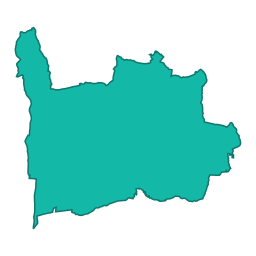 Apostolache, Prahova, Romania (Mercator projection)
{"feature_id": "2599482B23348990621180", "entity_name": "Apostolache", "entity_type": "district", "adm_level": 2, "iso_a3": "ROU", "parent_name": "Romania", "parent_adm1": "Prahova", "projection": "mercator", "projection_center": [26.269, 45.129], "detail": "fine", "context": "isolated", "style": "filled", "palette": "teal", "viewbox_px": 256, "rotation_deg": 0, "n_neighbors": 0, "source": "geoboundaries", "source_scale": "gbopen_adm2", "svg_char_len": 5683}
<svg xmlns="http://www.w3.org/2000/svg" viewBox="0 0 256 256"><path d="M128.5,197.8L133.0,198.7L133.4,197.3L134.5,196.7L134.4,194.4L134.7,194.0L135.4,193.9L135.9,194.1L136.3,194.8L136.6,194.6L136.7,193.4L136.1,192.6L136.7,191.8L136.0,189.0L138.1,188.4L138.6,188.5L139.2,189.1L140.1,188.5L141.5,189.3L142.3,190.2L143.3,190.6L143.3,191.8L144.2,192.8L144.5,191.7L145.0,191.6L145.4,192.6L144.9,193.2L146.0,194.1L145.3,194.6L145.7,195.2L146.3,195.3L146.2,195.8L147.3,196.5L147.5,196.9L147.9,197.0L148.7,195.8L149.0,195.8L149.2,196.0L149.2,197.5L149.7,198.1L151.2,198.0L151.6,198.7L154.7,199.9L156.4,199.6L158.2,200.5L158.9,200.2L159.3,201.1L160.9,201.2L165.1,200.8L165.4,200.6L165.2,200.2L165.9,200.2L166.2,199.3L166.7,199.1L170.4,198.7L173.4,197.5L174.6,196.4L175.5,196.1L177.3,196.4L179.4,196.4L180.3,197.7L181.1,198.3L182.5,198.6L184.1,198.2L185.3,198.5L189.2,201.3L190.4,201.1L191.6,201.5L192.9,201.5L194.4,200.5L195.8,201.2L197.5,200.8L198.1,200.2L200.3,199.3L202.8,198.8L203.1,197.4L205.1,193.7L204.9,193.0L206.4,189.7L207.4,185.5L208.2,184.9L208.2,182.0L208.9,180.0L208.5,178.0L209.2,176.8L209.7,175.0L219.3,175.3L220.3,174.5L221.5,172.2L224.6,171.9L225.3,171.6L226.1,170.9L225.9,171.8L226.0,172.0L228.2,171.6L229.0,170.6L229.4,169.5L230.7,168.4L229.3,166.0L229.3,164.9L228.3,162.2L228.6,160.7L228.2,159.2L228.6,158.9L228.6,158.0L228.0,156.8L228.2,156.0L227.6,154.2L227.6,153.5L229.7,153.6L229.9,153.9L229.8,155.1L230.0,155.2L230.4,155.1L230.5,154.4L230.9,154.4L231.3,154.9L231.9,154.7L232.4,155.4L232.0,157.0L232.1,157.6L233.5,157.8L233.5,154.9L233.0,154.7L232.3,153.3L232.4,152.7L233.1,151.5L233.0,149.7L232.4,149.3L232.4,149.0L238.3,146.6L240.0,145.2L240.4,144.2L240.6,142.5L239.9,139.3L239.1,138.1L239.1,135.6L238.2,134.8L236.5,132.4L236.4,131.5L236.7,130.4L236.2,128.8L234.1,126.9L233.2,125.5L233.0,124.5L232.5,123.6L231.5,122.6L230.3,122.9L229.8,124.0L228.8,125.3L226.9,127.1L226.6,127.2L223.7,125.7L217.0,124.4L215.4,124.7L214.8,124.3L204.4,122.0L204.5,121.3L204.2,120.8L204.3,119.6L203.9,118.6L203.1,117.7L202.5,115.4L202.7,114.3L203.2,113.4L202.5,111.7L202.7,109.2L202.4,105.8L201.9,104.2L200.7,102.7L201.3,101.7L202.1,99.0L202.2,96.1L201.6,94.7L202.3,93.3L201.9,91.5L202.2,90.6L202.1,87.9L202.3,87.3L202.0,86.6L203.8,85.7L204.5,84.0L206.1,82.5L206.7,81.2L206.8,79.8L206.7,79.2L206.0,78.0L205.9,76.0L205.1,74.0L203.4,71.6L201.1,69.6L200.5,69.4L199.1,70.4L197.6,72.1L196.8,72.2L196.1,71.6L195.2,72.1L195.1,72.7L195.5,73.5L194.4,74.4L188.7,76.7L184.6,77.3L183.1,76.9L182.1,77.7L181.6,77.8L178.6,76.0L175.8,75.3L173.2,75.4L171.2,76.3L171.8,72.1L172.0,69.8L168.5,69.1L168.1,67.9L166.4,67.1L165.4,65.6L164.4,64.8L164.0,63.3L163.7,63.1L162.4,62.5L160.6,62.3L160.1,61.9L160.0,61.6L161.8,59.3L162.5,58.1L163.4,57.5L163.6,56.7L161.6,55.2L161.4,54.4L160.2,54.5L157.5,51.9L156.1,51.2L155.2,51.3L155.1,51.5L155.7,52.5L154.9,52.5L154.1,54.1L153.1,55.2L152.3,55.4L151.2,54.3L150.9,54.2L149.7,54.6L150.8,55.5L151.2,57.4L152.6,59.2L150.4,60.7L150.6,62.2L149.9,63.1L149.1,63.4L148.4,63.1L147.0,63.6L144.2,63.7L139.2,63.0L136.0,62.2L135.2,61.8L133.9,60.6L132.0,60.6L130.6,59.9L128.4,60.1L126.6,59.5L124.4,60.2L123.3,59.3L121.9,58.7L121.1,57.3L119.6,56.8L117.8,55.6L117.3,55.8L117.0,56.4L116.4,58.3L116.4,59.2L117.0,61.9L116.8,65.6L116.5,66.1L114.8,67.2L113.5,69.0L114.9,70.6L114.1,73.0L113.3,76.2L113.0,80.1L112.6,80.6L110.5,81.9L107.4,85.2L105.7,85.4L105.5,84.5L104.0,83.4L101.7,82.8L100.0,82.7L99.0,83.0L98.4,82.6L97.2,83.2L94.6,83.6L91.2,83.2L90.0,82.6L88.4,83.0L85.4,82.3L84.0,84.0L82.2,84.0L80.9,83.4L80.0,83.4L79.6,83.9L80.0,85.2L75.8,86.3L72.1,86.8L70.7,87.4L64.8,88.7L61.9,89.1L59.6,89.7L57.5,89.9L55.4,89.7L52.8,88.9L50.9,89.1L50.7,88.4L50.7,86.7L50.4,85.5L51.5,85.0L51.7,84.4L51.6,83.4L51.0,83.1L50.5,79.6L49.7,78.6L49.6,78.0L49.8,77.2L49.6,76.8L49.5,75.3L49.8,74.8L50.2,72.7L49.6,71.7L47.9,70.8L48.5,70.1L48.2,68.8L48.7,65.9L47.4,63.9L47.5,62.8L47.1,61.7L47.1,60.8L46.3,58.4L44.9,57.6L44.7,57.1L43.5,56.2L43.4,55.5L41.5,52.4L40.9,52.0L40.6,51.0L39.6,50.3L40.1,47.3L40.0,45.9L39.5,44.2L38.4,42.4L38.6,41.6L38.5,41.2L37.3,39.6L35.9,36.8L35.3,33.6L35.7,32.4L35.5,31.5L35.6,30.5L35.0,29.3L33.6,27.6L31.9,28.4L31.6,30.1L30.2,29.9L28.8,30.8L27.6,31.0L25.7,32.6L23.9,32.7L23.0,32.5L22.2,31.9L20.5,32.0L20.1,33.6L20.3,35.3L20.0,36.7L17.9,39.4L16.5,42.0L16.4,42.5L16.4,44.3L15.9,45.7L15.8,47.4L15.4,48.3L15.4,50.7L16.0,54.0L16.6,55.7L17.9,57.1L19.0,57.8L20.1,59.0L20.4,59.7L19.8,60.6L18.5,61.6L18.4,62.2L17.6,62.6L16.8,63.8L16.8,64.9L17.2,66.2L18.3,68.5L18.3,69.3L18.0,70.7L18.6,72.3L18.3,73.2L17.6,73.9L16.5,76.6L17.8,76.9L21.5,75.1L22.3,75.2L23.3,75.8L22.6,77.8L22.9,78.5L23.4,78.5L23.8,79.2L23.7,83.7L24.1,86.4L24.7,88.3L24.7,88.7L24.4,89.1L24.4,89.6L24.8,90.7L25.7,91.7L25.8,92.9L26.8,95.5L28.6,97.3L30.6,100.1L31.4,103.9L29.5,108.7L29.4,111.1L30.7,114.7L31.4,117.4L31.2,119.8L30.2,123.0L30.0,128.9L29.6,130.9L29.5,134.7L29.0,135.6L28.1,135.2L26.5,137.9L25.0,141.3L26.9,145.9L27.5,148.4L27.4,151.4L27.9,153.4L28.4,157.9L27.9,160.3L28.3,163.1L28.0,172.6L28.5,174.9L29.8,175.0L29.7,176.5L29.4,176.5L29.2,178.4L34.7,178.7L35.8,179.0L35.7,179.2L36.3,179.4L35.9,183.7L35.9,187.2L34.4,195.4L34.6,202.6L34.8,203.4L34.7,212.0L34.2,214.9L33.7,216.6L34.3,221.1L33.3,227.3L33.4,228.3L33.7,228.4L37.6,223.3L37.6,220.7L37.0,218.0L37.0,216.1L43.8,214.1L52.5,212.3L53.5,208.4L56.1,207.4L55.6,211.8L71.9,209.8L71.7,212.1L72.4,212.2L72.6,212.6L73.8,213.0L74.4,212.7L75.7,214.5L77.4,214.3L79.0,215.2L81.0,215.4L83.0,215.1L84.6,214.3L88.2,213.7L89.6,212.6L92.7,211.0L93.6,210.3L94.9,208.5L96.0,207.9L98.8,207.8L100.5,206.8L102.2,206.5L104.2,205.3L105.6,205.7L107.0,205.6L109.1,204.0L117.6,201.0L125.8,200.3L127.0,199.4L127.9,198.2L128.5,197.8Z" fill="#14b8a6" stroke="#0f766e" stroke-width="1.5"/></svg>